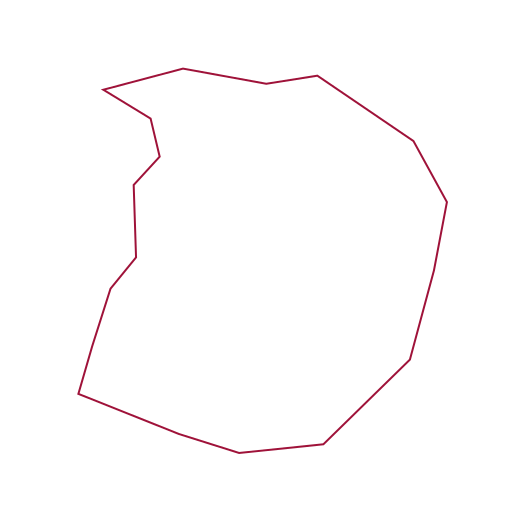 the district of Dyo Potamoi, Cyprus, rotated 81°
{"feature_id": "46923920B69592041186855", "entity_name": "Dyo Potamoi", "entity_type": "district", "adm_level": 2, "iso_a3": "CYP", "parent_name": "Cyprus", "parent_adm1": "", "projection": "mercator", "projection_center": [33.085, 35.242], "detail": "fine", "context": "isolated", "style": "outline", "palette": "rose", "viewbox_px": 512, "rotation_deg": 81, "n_neighbors": 0, "source": "geoboundaries", "source_scale": "gbopen_adm2", "svg_char_len": 386}
<svg xmlns="http://www.w3.org/2000/svg" viewBox="0 0 512 512"><g transform="rotate(81 256 256)"><path d="M364.4,453.0L419.8,359.9L447.9,303.5L452.5,218.9L382.4,120.2L298.1,82.5L232.6,59.0L167.1,82.5L87.5,167.2L87.5,218.9L59.5,298.8L67.9,380.8L103.8,338.6L142.8,335.6L166.7,365.7L238.6,374.7L265.5,404.8L319.5,431.9L364.4,453.0Z" fill="none" stroke="#9f1239" stroke-width="2"/></g></svg>